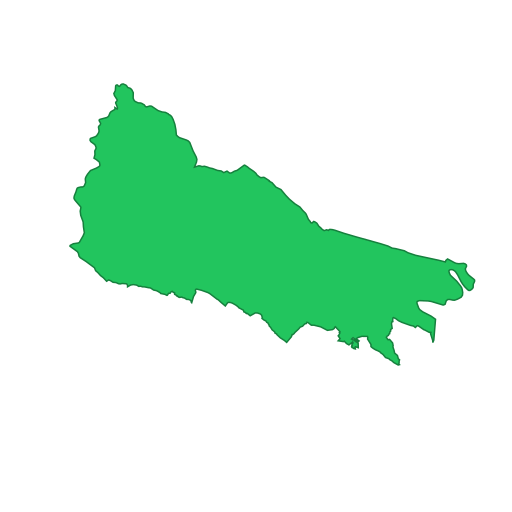 the district of Chaloem Phra Kiat, Saraburi, Thailand, rotated 299°
{"feature_id": "78962969B71448871190318", "entity_name": "Chaloem Phra Kiat", "entity_type": "district", "adm_level": 2, "iso_a3": "THA", "parent_name": "Thailand", "parent_adm1": "Saraburi", "projection": "equal_earth", "projection_center": [100.901, 14.65], "detail": "fine", "context": "isolated", "style": "filled", "palette": "green", "viewbox_px": 512, "rotation_deg": 299, "n_neighbors": 0, "source": "geoboundaries", "source_scale": "gbopen_adm2", "svg_char_len": 6060}
<svg xmlns="http://www.w3.org/2000/svg" viewBox="0 0 512 512"><g transform="rotate(299 256 256)"><path d="M346.4,433.0L346.3,425.0L344.2,424.2L342.6,424.5L340.8,417.7L334.0,395.3L332.5,387.3L332.5,383.2L330.1,374.4L328.9,371.3L328.7,366.6L327.1,358.8L321.4,334.9L318.5,322.0L316.8,312.6L316.1,310.0L315.1,307.7L314.5,307.2L313.5,307.0L313.2,305.1L311.4,303.5L311.2,303.0L311.5,300.4L312.1,298.8L312.4,296.7L314.2,293.3L314.4,290.8L314.2,289.7L312.0,289.0L311.7,287.7L312.4,286.8L313.5,284.0L316.9,279.6L317.5,278.3L318.5,274.7L320.1,270.7L320.5,264.5L321.9,257.6L323.5,252.5L326.2,245.6L325.9,240.1L327.9,234.5L327.8,231.3L328.3,231.2L328.7,225.3L328.5,224.5L326.9,222.3L326.8,220.7L327.3,217.7L328.3,215.7L328.9,212.9L329.4,207.4L329.8,205.4L330.0,202.3L329.8,201.7L321.8,198.0L319.7,196.0L317.0,194.4L315.9,193.1L315.8,192.5L316.2,189.5L313.3,187.4L313.5,184.3L312.2,180.9L311.4,175.5L310.5,172.7L310.2,170.4L309.5,167.4L308.0,165.4L307.8,163.9L307.2,162.3L303.9,159.1L309.3,158.4L311.8,157.5L313.6,155.7L317.4,150.0L323.2,143.0L323.8,140.9L323.7,138.9L322.4,131.6L322.6,129.8L323.2,127.7L327.6,124.7L331.8,121.2L335.2,117.4L336.9,114.9L337.4,113.5L337.6,112.2L337.4,111.3L337.8,110.4L337.7,107.2L336.4,103.9L335.7,99.7L336.4,92.1L335.8,90.5L333.5,88.2L333.2,87.5L333.2,86.7L334.0,85.1L334.1,82.0L333.8,80.7L332.8,78.7L332.6,75.4L332.9,74.1L334.4,72.1L339.3,69.5L341.0,67.1L341.5,65.8L341.7,64.7L341.2,62.2L342.2,60.2L342.4,59.4L342.1,56.4L341.2,55.3L340.3,54.8L339.0,54.6L338.1,54.2L337.9,53.1L338.3,52.4L338.3,51.5L337.4,50.8L336.7,50.8L332.4,52.8L329.2,52.9L327.7,54.4L325.3,58.9L324.4,59.2L322.4,58.8L321.8,59.1L319.1,62.4L318.1,63.2L317.2,63.3L317.4,60.7L316.9,61.1L315.6,61.4L311.9,59.2L310.4,58.9L307.1,59.3L305.9,59.0L304.8,58.4L299.8,53.2L299.1,52.9L298.3,53.2L296.9,55.5L296.3,56.0L295.0,56.1L293.4,55.6L292.4,55.7L289.2,58.2L287.1,58.6L283.7,58.3L282.2,57.4L278.7,54.3L278.1,54.2L276.8,54.7L276.3,55.5L275.9,56.3L275.3,60.9L274.7,62.0L273.0,63.9L269.7,64.1L266.6,66.0L263.0,66.9L262.9,69.6L262.2,73.5L259.9,75.4L259.0,75.6L258.0,75.3L255.4,73.7L250.5,69.8L245.8,69.0L243.0,68.9L241.3,69.1L240.2,69.6L237.6,71.4L233.9,71.8L232.4,71.0L231.5,69.4L229.7,67.4L228.8,66.8L227.6,66.8L225.0,67.4L220.3,68.0L218.4,68.7L217.4,69.9L216.6,71.8L214.0,78.8L213.4,79.4L210.0,80.5L206.6,83.0L202.0,88.3L197.9,90.9L193.1,94.6L189.7,95.0L182.4,94.9L181.6,94.6L180.8,93.7L178.2,90.3L175.3,88.4L174.5,88.4L174.3,88.8L173.2,97.7L172.3,99.3L170.0,101.4L169.3,103.1L168.8,110.1L167.4,120.4L165.4,122.9L164.8,125.8L163.5,129.5L163.0,133.0L161.5,137.6L163.6,138.7L163.9,140.6L163.7,143.7L164.9,146.5L165.1,149.2L165.7,150.7L167.1,152.3L168.9,156.2L168.7,157.0L167.9,158.0L166.8,158.6L169.8,160.4L171.5,162.5L172.7,165.7L172.6,168.2L173.6,169.7L174.0,171.7L175.0,173.6L176.1,177.2L176.9,179.1L176.6,183.0L177.4,185.6L177.5,187.3L177.4,190.2L177.0,190.8L178.3,194.9L178.4,197.2L178.8,197.5L180.9,197.6L181.7,198.9L183.6,199.1L184.5,199.9L184.1,201.2L184.4,202.3L184.3,202.8L183.3,203.1L183.0,203.5L183.1,205.1L182.6,205.9L183.0,206.6L182.6,207.1L182.8,208.0L182.5,208.6L182.6,209.0L184.1,211.0L184.1,212.4L184.6,213.7L184.4,216.3L185.3,218.1L185.5,219.3L185.4,220.7L184.2,221.8L184.0,222.4L190.3,221.0L194.6,221.1L195.2,220.9L196.7,219.5L197.7,219.6L198.1,219.8L198.4,220.5L199.6,225.0L200.7,231.7L200.7,233.9L199.3,243.2L199.5,243.9L198.5,247.8L197.4,253.4L201.3,253.8L201.9,254.2L202.6,255.4L203.0,256.5L203.3,258.1L203.3,262.1L202.9,264.9L202.4,266.0L202.5,271.2L201.2,272.6L201.5,273.7L201.0,275.5L201.5,275.9L201.5,276.5L200.9,279.9L205.9,283.0L206.9,285.0L207.4,288.0L207.0,289.4L206.5,290.1L205.2,291.3L204.3,291.5L203.8,294.5L204.1,295.8L203.2,297.6L203.3,298.8L202.7,299.5L202.1,300.9L201.3,301.3L200.7,303.3L199.2,306.0L199.0,307.6L198.6,309.3L197.7,310.1L197.9,311.8L197.4,312.3L196.2,317.0L195.9,321.8L195.3,324.7L202.5,326.1L204.8,325.7L205.0,326.2L206.5,326.9L208.0,327.1L212.9,328.7L215.2,329.1L217.2,330.8L220.2,331.5L221.3,332.7L222.7,332.6L223.0,333.9L222.3,337.9L223.6,340.3L225.4,346.9L225.6,354.5L228.7,358.6L230.4,359.5L231.8,359.4L232.6,359.7L230.6,366.0L229.6,365.9L229.4,366.7L226.6,366.8L226.0,366.6L224.5,369.6L221.7,369.0L223.5,374.0L224.3,374.5L223.3,377.6L223.3,380.4L227.7,382.2L227.0,383.0L225.5,382.8L224.3,383.1L224.2,383.7L222.9,383.6L222.5,384.5L222.8,385.1L222.4,386.0L222.9,387.9L224.0,386.9L224.8,386.9L225.4,389.9L229.3,387.6L229.6,384.3L230.1,382.4L229.5,380.9L229.6,379.8L231.6,380.5L230.7,387.0L231.7,387.3L232.2,383.8L233.9,384.5L237.1,387.6L239.7,392.5L238.8,393.4L237.5,393.8L234.3,399.5L232.7,400.3L232.4,400.8L232.0,403.3L231.9,406.1L232.2,408.8L232.2,411.2L231.8,411.8L231.5,414.7L230.0,418.5L230.6,422.1L230.2,423.2L230.2,425.6L229.6,428.2L229.6,433.2L230.5,434.1L230.8,433.0L231.7,433.1L233.3,432.2L234.8,431.9L235.1,430.3L237.6,427.9L238.3,424.3L240.3,422.6L242.9,419.8L244.1,419.4L246.2,417.6L247.7,413.6L247.7,413.0L246.8,412.2L246.8,411.8L248.1,409.4L249.8,409.6L250.7,410.3L252.2,410.1L252.8,410.6L254.4,409.9L255.6,410.2L257.0,409.4L258.7,410.2L262.5,407.3L264.3,406.8L265.0,407.5L266.2,406.6L268.1,405.8L268.8,406.1L269.0,408.5L268.5,412.0L268.7,415.8L270.2,424.8L271.1,427.8L270.7,430.0L273.2,430.8L273.6,431.6L272.9,438.6L273.1,439.6L273.2,444.3L274.0,446.0L272.7,446.3L267.8,451.5L266.0,452.6L268.6,452.3L287.7,443.7L288.3,438.3L288.0,428.8L288.5,425.2L289.3,423.6L292.7,419.7L293.7,419.1L294.3,419.1L295.6,419.9L296.4,420.9L300.1,428.3L301.2,431.3L303.8,443.3L304.2,443.9L305.5,444.8L309.0,444.1L310.9,444.8L311.9,446.4L312.9,449.7L313.7,451.2L316.0,453.2L319.4,455.4L321.8,455.6L324.3,454.5L326.8,452.5L328.0,451.2L329.0,449.3L331.3,443.7L333.4,435.4L334.8,433.4L336.1,432.2L337.0,431.9L338.0,432.3L339.0,433.8L339.3,434.7L339.3,436.7L338.9,438.3L337.2,441.6L333.0,447.8L331.7,450.2L330.3,453.4L329.1,457.6L329.1,459.0L329.6,459.8L331.3,460.8L333.1,461.2L333.9,461.1L336.7,459.7L339.7,459.5L340.9,458.9L341.3,457.8L342.4,451.4L343.1,449.5L344.5,446.9L346.2,445.3L349.2,445.1L350.2,444.3L350.5,442.8L350.2,441.1L347.5,437.0L346.6,434.6L346.4,433.0Z" fill="#22c55e" stroke="#15803d" stroke-width="1.5"/></g></svg>